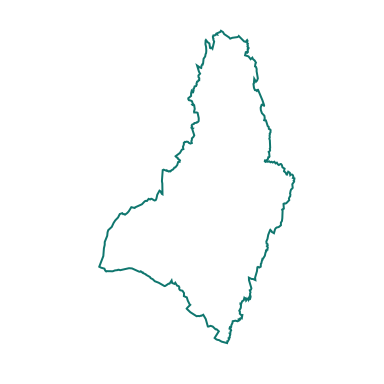 Sørum nor, Akershus, Norway (Natural Earth projection), rotated 81°
{"feature_id": "86288312B90693098258026", "entity_name": "Sørum nor", "entity_type": "district", "adm_level": 2, "iso_a3": "NOR", "parent_name": "Norway", "parent_adm1": "Akershus", "projection": "natural_earth1", "projection_center": [11.283, 59.978], "detail": "fine", "context": "isolated", "style": "outline", "palette": "teal", "viewbox_px": 384, "rotation_deg": 81, "n_neighbors": 0, "source": "geoboundaries", "source_scale": "gbopen_adm2", "svg_char_len": 6027}
<svg xmlns="http://www.w3.org/2000/svg" viewBox="0 0 384 384"><g transform="rotate(81 192 192)"><path d="M37.3,138.2L38.3,139.0L39.3,142.9L40.5,142.5L40.1,143.8L40.9,145.0L40.7,146.3L41.3,146.5L41.5,147.0L43.1,147.2L43.7,146.8L45.0,147.1L46.9,146.6L53.4,149.3L52.5,149.7L52.4,150.3L53.0,150.9L52.6,151.6L48.0,151.6L46.4,153.2L44.0,154.5L44.3,154.8L48.0,155.6L50.9,155.4L54.9,155.8L57.1,156.4L57.9,157.0L60.2,157.8L62.2,159.7L66.6,160.9L67.7,161.5L67.5,161.8L68.7,162.8L70.9,163.5L70.3,164.7L67.9,167.2L74.3,166.3L76.4,165.5L77.9,167.4L79.5,167.6L80.7,167.0L82.7,167.4L82.6,168.0L83.7,168.9L83.8,169.7L85.9,170.7L86.6,170.5L88.0,171.4L88.1,172.9L90.3,174.0L90.7,174.7L91.9,174.5L93.2,175.1L92.8,175.4L93.3,175.8L92.1,176.5L94.2,177.4L97.0,177.9L98.8,181.0L99.8,181.1L100.8,180.7L101.5,178.9L102.4,177.8L104.5,177.5L105.8,176.8L105.9,178.0L106.2,177.8L106.7,176.3L110.4,176.3L112.8,177.4L113.8,177.4L114.2,174.8L114.7,174.1L120.1,173.8L122.9,174.3L123.6,175.0L124.1,175.9L123.9,176.4L124.3,176.9L124.3,178.9L125.0,179.4L125.4,181.2L125.9,181.7L126.7,182.0L127.6,181.7L128.5,182.5L129.1,182.0L129.4,181.2L130.0,181.9L136.4,180.9L137.8,182.0L139.0,183.7L140.6,184.0L141.7,184.7L143.6,184.5L143.9,186.0L143.0,187.4L141.8,188.2L141.4,189.6L141.7,190.7L141.4,191.2L142.2,192.4L143.8,192.6L146.0,193.9L148.3,193.8L148.6,195.4L151.5,197.8L154.1,202.6L155.5,201.7L155.9,200.9L157.1,200.6L158.4,199.2L159.0,199.0L159.2,199.3L160.3,199.6L160.0,200.5L160.2,201.0L163.1,202.4L165.1,204.6L165.1,205.5L166.7,207.1L167.3,208.8L168.2,210.0L167.8,210.4L168.2,211.6L166.8,213.4L167.2,213.6L165.5,216.5L165.8,217.5L176.5,220.0L179.0,220.0L189.6,221.5L189.1,222.1L186.4,223.0L185.6,223.9L189.2,226.7L193.2,228.3L194.4,229.2L194.5,230.4L192.4,232.9L192.3,233.5L192.8,234.5L192.0,235.9L193.8,237.9L193.5,239.4L194.0,240.4L196.3,243.4L198.3,250.7L198.8,251.1L197.5,254.3L201.2,257.5L202.6,259.2L203.9,261.7L203.2,262.5L203.1,263.5L202.0,264.2L202.5,266.8L205.6,269.0L208.0,272.2L210.2,274.2L213.9,276.7L216.6,280.7L218.6,281.7L222.0,282.6L227.7,286.0L230.6,286.5L233.8,287.8L241.4,289.6L251.3,295.3L252.5,293.7L254.0,290.5L256.0,290.0L257.0,289.2L256.8,288.8L257.9,282.7L257.4,280.4L257.5,277.5L257.3,277.3L257.3,276.5L258.0,275.2L257.4,266.1L258.1,263.2L262.2,257.0L262.7,255.8L262.3,255.0L264.1,253.4L263.9,253.1L264.6,252.7L266.1,250.5L266.6,250.3L269.3,246.9L270.6,246.3L272.0,244.4L274.3,242.7L276.4,239.1L280.6,233.9L280.6,233.1L278.9,229.5L279.0,228.5L276.2,226.0L278.8,225.8L280.0,223.7L279.0,222.7L282.1,221.4L282.9,219.9L284.2,219.4L285.5,219.8L286.3,219.6L287.2,219.0L288.0,216.9L290.6,215.7L293.6,216.3L295.3,213.6L298.5,213.2L302.6,211.9L303.2,211.4L305.5,214.6L306.4,215.5L307.0,215.1L310.5,212.4L315.4,206.9L315.4,205.4L315.8,204.1L315.5,202.2L315.7,201.9L315.0,200.1L319.6,198.3L327.3,197.4L327.5,196.7L327.1,194.6L328.1,192.6L331.3,190.2L331.4,189.2L333.8,187.3L339.7,192.5L341.1,191.3L341.9,190.2L342.5,188.5L344.4,186.2L346.7,181.0L345.1,180.5L345.3,180.1L343.0,178.3L342.1,178.7L341.6,177.5L340.7,177.5L338.8,176.5L337.9,176.8L338.0,176.4L335.5,175.7L334.9,175.0L333.6,175.2L332.9,176.3L331.9,175.9L331.4,175.6L331.8,174.9L331.6,174.5L329.6,173.9L327.8,172.6L326.0,172.0L325.9,169.2L326.8,167.2L326.5,166.3L325.5,166.0L325.9,165.6L325.3,165.2L325.8,164.9L325.4,164.2L324.4,163.9L324.4,163.4L323.7,162.6L324.0,162.4L321.9,161.7L322.0,162.1L321.4,162.0L321.4,162.5L319.7,163.8L317.7,163.4L316.7,163.9L314.0,161.9L311.3,161.3L310.6,161.7L309.7,161.6L309.9,160.8L307.8,159.6L307.1,157.9L304.8,156.9L305.5,156.5L305.4,156.1L306.0,156.3L307.1,155.5L305.8,155.1L306.5,155.2L306.0,154.8L306.0,154.2L306.7,153.8L305.9,153.0L306.8,152.9L305.9,152.4L307.0,152.4L306.3,152.1L307.0,152.0L306.9,151.5L304.7,150.5L301.8,150.7L300.2,149.9L298.1,150.3L297.7,149.1L296.4,148.4L288.0,149.5L285.5,149.2L287.2,146.8L287.5,145.3L288.9,143.2L286.5,143.1L280.3,140.2L276.6,139.2L276.3,138.5L277.1,137.3L276.5,135.8L273.7,135.2L273.3,134.7L270.1,133.4L270.0,133.0L268.9,132.8L268.9,132.2L266.3,130.0L263.4,128.9L262.1,127.9L261.7,128.2L261.3,128.0L260.8,127.5L260.9,126.6L258.5,125.8L257.2,126.5L256.6,125.6L256.0,125.6L255.2,125.6L254.6,126.4L252.5,126.3L250.1,124.8L246.2,123.4L241.8,120.8L241.6,120.6L243.1,119.6L243.8,119.5L245.5,117.5L241.8,115.8L240.9,115.0L240.3,113.9L240.2,111.9L238.8,109.4L236.2,109.0L234.7,107.7L232.0,106.9L224.4,105.4L223.7,105.8L223.2,105.3L223.3,104.9L222.8,103.9L218.1,103.5L217.7,102.6L218.0,102.0L217.8,100.6L215.2,97.2L213.6,97.3L212.3,96.5L211.6,95.7L209.8,95.2L208.9,95.4L206.2,94.4L205.0,93.7L204.2,92.4L203.6,91.9L200.0,91.7L197.7,89.5L196.6,89.8L196.2,89.2L194.6,88.7L193.9,90.1L193.1,89.5L191.3,89.7L190.4,90.5L190.2,91.5L190.7,92.3L188.3,92.4L187.0,93.8L189.7,95.5L189.5,95.9L187.5,96.5L185.9,97.9L183.4,96.9L181.8,98.8L179.6,99.0L178.4,99.6L178.2,100.3L178.9,102.0L178.2,102.8L176.3,103.6L176.8,105.0L175.0,105.9L175.5,107.7L174.6,108.6L174.9,109.9L173.8,110.9L174.0,112.4L173.5,113.4L173.8,114.6L173.1,115.3L172.2,115.0L172.5,113.3L171.9,112.8L171.7,112.1L169.6,111.2L169.7,110.4L169.0,109.9L165.4,109.7L164.4,110.0L163.9,109.0L162.9,108.3L161.3,108.4L160.7,107.9L153.0,107.0L151.4,107.3L150.5,106.7L148.1,106.5L147.1,106.0L146.4,106.1L145.5,105.2L143.2,104.7L142.6,104.9L141.7,106.2L139.6,106.1L138.8,106.9L132.8,107.8L132.5,108.3L132.7,108.9L132.4,109.5L130.5,108.6L128.0,108.6L125.1,110.6L121.9,111.2L119.5,111.0L116.8,109.6L116.6,109.0L118.0,107.4L117.7,107.2L112.4,108.1L101.4,110.8L101.4,111.5L102.3,112.2L101.4,113.0L101.2,113.9L98.8,114.5L94.9,114.4L94.5,113.9L89.9,112.8L93.1,111.6L92.1,110.3L90.1,109.2L82.8,109.3L80.6,108.9L78.6,109.2L77.8,110.1L75.2,109.3L74.3,108.6L72.0,109.5L70.1,111.1L68.8,111.4L70.0,113.3L66.9,115.0L65.3,118.2L62.3,117.0L62.2,116.4L63.1,115.7L62.5,114.9L59.6,114.7L59.0,114.4L59.3,113.9L58.9,113.6L58.2,113.6L57.1,114.5L55.9,113.9L55.1,114.2L54.3,113.6L53.7,114.1L52.4,114.0L51.4,113.5L50.6,113.8L52.1,115.5L51.4,117.0L45.3,121.4L45.8,121.8L46.1,123.1L46.0,128.1L46.5,130.3L45.1,131.2L41.1,135.5L38.9,136.4L37.3,138.2Z" fill="none" stroke="#0f766e" stroke-width="2"/></g></svg>